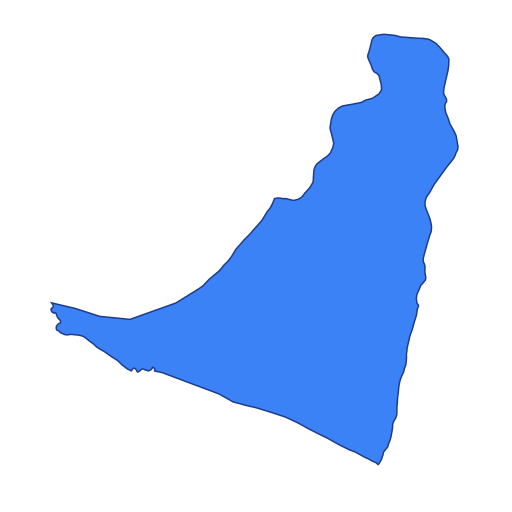 the district of Tonpheung, Bokeo, Laos, rotated 177°
{"feature_id": "54806243B26720131925701", "entity_name": "Tonpheung", "entity_type": "district", "adm_level": 2, "iso_a3": "LAO", "parent_name": "Laos", "parent_adm1": "Bokeo", "projection": "robinson", "projection_center": [100.271, 20.454], "detail": "fine", "context": "isolated", "style": "filled", "palette": "blue", "viewbox_px": 512, "rotation_deg": 177, "n_neighbors": 0, "source": "geoboundaries", "source_scale": "gbopen_adm2", "svg_char_len": 4958}
<svg xmlns="http://www.w3.org/2000/svg" viewBox="0 0 512 512"><g transform="rotate(177 256 256)"><path d="M462.6,219.9L461.4,218.0L460.8,216.5L461.5,215.5L463.1,214.3L463.5,213.4L463.3,212.3L462.9,211.0L462.3,210.6L461.2,209.7L460.3,209.5L459.7,210.0L459.0,209.8L458.5,208.5L457.9,206.7L457.4,205.0L456.7,204.0L455.5,202.7L454.7,201.5L454.6,200.7L454.7,199.7L455.5,199.1L456.5,198.8L457.5,198.0L458.6,196.9L459.1,195.8L459.3,194.2L459.0,192.9L458.4,192.1L457.3,191.8L456.4,191.1L456.0,190.4L455.0,189.5L453.7,188.8L452.5,188.3L451.8,187.8L449.2,187.1L444.8,187.4L440.3,186.7L438.4,186.5L434.1,185.4L431.5,184.0L427.2,180.2L423.1,176.8L419.4,173.1L416.9,171.3L412.5,168.5L405.8,163.2L399.7,158.9L395.9,154.7L391.6,151.0L389.8,149.5L388.7,149.1L388.2,148.9L387.2,148.1L386.7,147.8L386.4,147.9L385.9,148.5L385.3,149.4L384.7,150.0L384.3,150.2L383.8,150.4L383.4,150.3L382.9,150.1L382.1,149.3L381.8,148.9L381.4,148.4L381.1,147.7L380.8,146.8L380.5,146.4L380.2,146.3L379.8,146.4L379.5,146.5L379.2,146.7L378.3,147.3L378.0,147.5L377.2,148.0L377.0,148.3L376.0,148.9L375.6,149.1L374.8,149.1L374.4,149.0L373.5,148.5L372.7,148.1L372.0,147.8L371.4,147.7L370.9,147.5L370.2,147.1L369.7,147.0L369.0,147.0L367.9,147.4L367.4,147.6L367.1,147.8L366.7,148.1L366.3,148.3L365.7,148.9L365.6,149.4L365.5,149.8L365.3,150.1L365.0,150.2L364.6,150.2L364.3,150.0L364.0,149.7L363.5,149.2L363.1,148.9L363.1,147.7L363.1,147.0L363.3,146.5L355.7,144.4L300.2,120.2L286.4,111.4L280.5,109.6L274.1,107.4L263.9,104.5L255.7,101.5L246.3,98.0L235.2,93.7L225.0,88.3L219.5,85.1L212.3,80.5L202.3,74.8L193.8,70.1L188.3,66.6L182.6,63.0L177.7,60.3L173.2,57.7L167.6,55.3L162.4,52.1L158.2,49.5L154.0,47.3L150.4,45.0L147.1,43.4L144.9,41.3L144.1,42.1L143.3,43.2L142.8,44.1L142.0,45.3L141.1,46.8L140.6,48.4L140.3,49.4L139.9,49.9L139.6,50.9L139.2,52.2L139.0,53.1L138.2,54.4L137.1,55.6L135.7,57.1L135.1,57.7L134.5,58.5L134.2,59.3L133.6,61.1L133.0,62.4L132.4,63.9L131.8,65.0L131.1,66.9L130.6,68.7L130.1,71.1L129.8,72.0L129.1,75.0L128.6,77.5L128.5,79.0L128.4,80.1L128.2,81.1L127.5,83.0L127.0,83.9L125.9,85.6L125.2,86.5L124.7,87.6L124.2,88.7L123.8,90.0L123.5,92.4L123.4,94.0L123.3,96.1L123.2,97.8L123.0,99.3L122.6,101.4L122.3,104.8L121.9,107.8L121.0,112.4L120.6,115.7L120.1,118.6L119.6,120.8L119.1,122.6L118.5,124.5L117.6,126.8L116.3,129.4L114.8,132.2L114.2,133.9L113.9,134.8L113.8,135.7L112.1,139.3L111.4,143.4L111.0,147.2L111.0,149.4L110.4,152.7L109.9,156.2L109.4,157.9L107.9,163.2L107.5,164.3L107.1,166.3L105.6,170.3L104.1,173.7L102.7,177.7L101.6,181.1L99.9,185.8L99.0,188.0L98.0,192.9L97.6,194.8L97.3,195.6L97.1,195.9L96.5,197.0L96.3,198.1L96.8,199.2L97.5,200.1L97.8,201.0L97.9,202.9L98.1,205.3L97.9,206.2L97.6,208.0L97.0,209.9L95.9,212.1L94.8,214.1L93.0,218.0L91.2,219.7L88.4,222.8L87.9,223.9L87.6,225.2L87.7,227.1L88.2,230.9L88.1,233.0L87.8,236.4L87.9,237.8L88.5,239.8L89.0,241.0L89.2,242.3L89.2,244.4L88.5,246.9L86.9,251.8L86.0,254.4L84.4,259.3L82.6,264.2L81.2,268.2L80.0,270.6L79.6,272.4L79.2,275.5L79.3,278.1L80.2,283.4L80.7,285.0L81.9,288.8L83.5,293.6L84.5,297.2L84.5,299.5L84.3,301.8L83.4,304.2L82.6,306.0L79.0,310.7L74.4,318.1L60.6,335.2L55.0,341.4L53.2,343.7L51.8,346.2L50.9,348.5L49.6,350.7L49.0,351.7L49.0,352.0L48.5,354.7L48.8,356.6L49.2,359.9L49.9,365.7L51.5,370.0L53.6,374.2L55.3,377.5L56.0,380.0L56.9,383.4L59.1,389.6L59.7,395.1L59.0,398.3L57.6,400.1L57.5,402.4L58.7,405.2L59.9,407.6L60.1,409.5L60.1,410.1L59.4,414.3L54.5,431.4L53.5,436.8L53.3,439.6L53.1,442.7L54.2,445.3L56.1,447.7L61.4,454.6L65.2,458.9L67.8,460.7L70.1,462.3L72.7,463.6L75.4,464.1L78.0,464.6L83.9,465.1L89.4,465.8L92.1,466.2L97.6,466.9L100.3,467.2L102.9,468.2L105.7,469.0L111.2,469.9L116.8,470.7L119.4,470.5L122.1,470.2L124.6,470.0L127.4,468.1L128.9,465.7L131.5,457.0L132.4,454.2L133.6,451.5L134.0,449.5L133.6,447.2L132.2,443.6L131.0,440.5L129.9,436.3L128.3,433.7L125.6,431.9L123.7,429.7L123.1,426.1L122.0,421.2L121.8,415.8L122.9,414.0L124.7,411.4L127.3,409.9L129.5,408.5L131.5,407.4L138.1,406.0L143.0,403.8L151.2,402.6L156.5,402.0L161.6,401.3L165.3,399.8L169.2,396.7L171.8,393.2L173.5,389.0L175.3,380.8L175.3,379.2L173.3,369.5L172.5,364.4L173.6,360.3L176.4,354.9L179.9,351.7L182.7,350.1L186.4,347.6L190.1,345.0L192.0,342.6L193.6,339.1L194.6,331.4L194.7,329.9L194.9,328.2L195.3,326.5L196.4,324.8L198.1,322.4L198.2,322.1L199.9,320.2L202.1,318.0L204.0,316.2L205.8,313.9L207.1,312.6L208.7,311.6L210.9,310.4L212.9,310.0L214.9,309.6L216.4,309.7L218.3,310.3L220.7,311.0L222.7,311.7L225.1,311.8L226.8,312.0L228.7,312.5L229.3,312.6L230.9,312.8L231.6,312.8L232.0,312.7L234.5,312.4L235.0,311.3L236.8,307.5L237.8,305.7L239.4,303.1L242.3,299.9L245.8,294.8L248.5,290.9L252.7,286.7L255.1,284.2L257.6,281.8L260.1,279.0L262.8,276.5L266.9,272.9L271.1,268.4L273.9,265.7L276.1,263.3L277.6,261.0L280.4,256.8L284.8,251.8L288.6,248.5L292.0,244.6L293.8,242.8L299.8,238.4L303.9,235.2L307.8,231.6L310.5,229.0L314.6,226.4L334.2,215.6L338.4,213.3L385.2,199.3L415.2,203.9L439.0,213.0L462.6,219.9Z" fill="#3b82f6" stroke="#1e3a8a" stroke-width="1.5"/></g></svg>